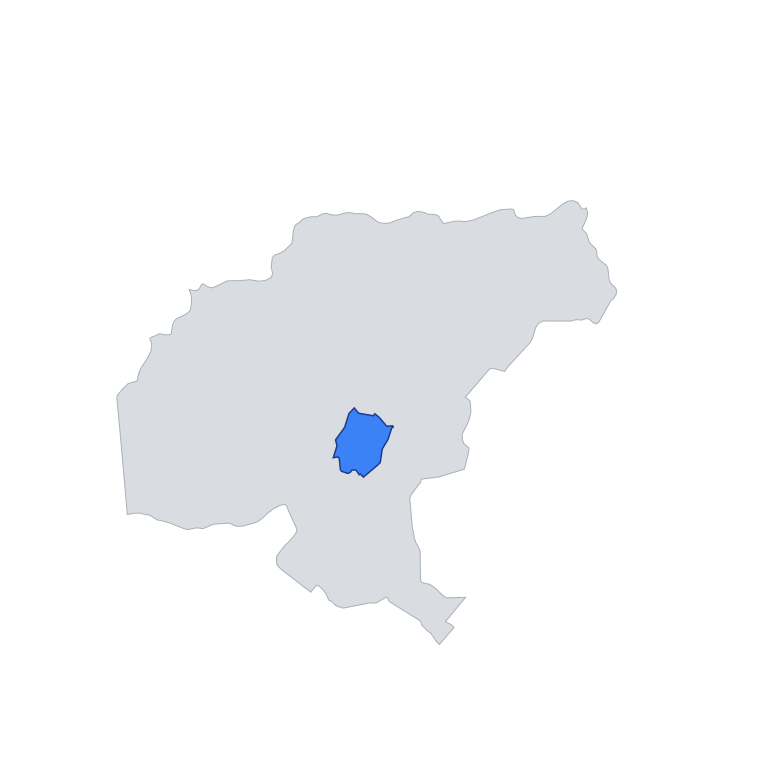 location of Ayod, Jonglei, South Sudan, rotated 130°
{"feature_id": "79223893B14285446390064", "entity_name": "Ayod", "entity_type": "district", "adm_level": 2, "iso_a3": "SSD", "parent_name": "South Sudan", "parent_adm1": "Jonglei", "projection": "orthographic", "projection_center": [30.968, 8.272], "detail": "fine", "context": "in_parent", "style": "filled", "palette": "blue", "viewbox_px": 768, "rotation_deg": 130, "n_neighbors": 0, "source": "geoboundaries", "source_scale": "gbopen_adm2", "svg_char_len": 4229}
<svg xmlns="http://www.w3.org/2000/svg" viewBox="0 0 768 768"><g transform="rotate(130 384 384)"><path d="M587.3,558.5L567.8,578.3L566.5,579.5L564.1,581.0L556.1,581.1L548.0,580.2L540.4,575.1L532.8,579.1L527.9,580.4L525.1,580.8L518.2,581.5L508.7,583.6L504.3,586.3L502.0,588.4L500.1,592.2L499.1,592.6L497.3,592.1L494.9,590.6L489.8,588.4L487.2,583.5L484.8,580.6L482.8,579.1L474.7,583.9L470.8,585.1L467.6,585.0L461.7,582.2L455.2,579.9L451.8,579.9L446.8,582.8L441.1,587.2L438.2,591.5L436.8,594.1L434.8,590.1L432.9,587.7L430.1,586.7L424.7,587.7L423.3,586.3L423.1,582.9L422.3,579.8L420.9,577.5L416.7,575.2L405.9,570.5L397.5,561.0L393.3,556.7L390.3,553.8L386.0,546.4L381.0,541.3L375.0,539.0L371.1,540.1L367.0,545.5L359.3,550.6L355.8,550.8L351.3,548.0L345.6,546.0L335.5,545.1L331.3,547.5L325.7,551.4L321.1,553.7L318.2,553.9L315.5,553.0L312.4,552.4L309.8,552.3L304.4,548.7L301.5,546.1L299.7,543.5L296.6,541.8L293.0,540.3L290.5,538.1L289.2,535.2L287.2,531.6L284.6,528.3L276.3,522.4L273.9,519.0L272.2,515.6L268.8,511.8L265.2,506.8L264.1,499.6L264.0,493.7L263.2,491.0L261.7,488.3L259.9,486.0L257.1,483.3L250.3,479.5L243.4,475.1L240.1,472.5L233.8,471.5L230.0,469.0L226.8,463.5L225.6,459.1L222.4,455.6L221.1,453.2L220.3,450.3L223.0,441.7L219.3,438.6L213.9,434.5L210.0,430.1L207.6,426.1L200.6,420.7L185.4,412.6L176.6,407.5L171.8,402.9L167.7,398.4L167.3,396.6L170.1,392.2L170.5,388.6L168.4,384.5L159.3,376.8L152.1,368.4L146.6,365.7L133.4,363.2L129.6,362.2L125.6,360.6L121.8,356.8L120.5,352.3L122.6,345.3L121.4,343.1L119.1,342.4L119.8,341.0L122.4,337.6L126.5,335.4L137.5,332.1L138.1,330.8L138.4,326.3L139.4,324.2L143.2,318.1L143.8,315.7L144.1,310.5L144.6,308.0L145.7,306.3L148.8,303.3L149.9,301.5L150.4,297.5L150.2,289.6L151.8,286.5L158.8,279.4L160.7,276.2L161.4,273.3L161.4,270.4L161.9,267.5L164.0,264.8L165.7,263.9L170.8,263.2L174.3,263.8L198.5,259.2L201.4,259.9L202.6,262.8L202.4,267.4L202.8,269.7L204.1,271.3L207.9,273.6L210.5,277.3L211.9,278.7L215.7,281.3L233.5,302.7L238.6,304.7L243.5,304.0L253.4,299.7L258.3,298.7L292.7,300.2L296.5,299.6L296.8,299.7L301.9,310.4L304.4,312.8L342.1,313.2L341.4,310.1L341.9,306.8L348.6,300.3L349.6,299.5L355.4,296.4L361.1,294.4L372.1,292.0L376.1,288.2L378.3,284.7L378.4,277.8L379.8,276.6L382.5,275.0L395.1,268.9L397.3,267.6L419.6,282.0L432.1,293.4L432.9,293.9L433.5,294.1L434.2,293.7L434.8,293.2L436.3,292.7L441.7,292.6L451.8,292.0L455.2,290.6L475.5,270.3L480.7,263.8L482.0,262.5L484.9,257.9L488.0,250.0L488.6,249.1L510.8,230.0L511.6,228.5L511.8,227.3L508.4,220.9L507.7,217.7L507.5,212.7L508.1,204.9L507.9,200.0L507.6,198.6L507.4,198.4L495.0,184.4L526.2,184.2L526.3,182.4L526.2,181.9L525.6,180.2L525.2,178.0L525.2,176.7L525.4,175.6L525.4,175.0L525.3,174.4L525.3,174.1L525.5,173.9L547.9,174.1L547.7,178.0L545.0,187.4L545.1,192.9L544.5,199.3L543.8,201.2L542.6,202.7L542.2,203.5L542.2,204.2L547.2,239.8L546.8,241.3L545.6,243.5L545.3,244.3L545.2,244.8L545.7,245.2L556.1,249.0L556.6,249.2L557.1,249.6L560.8,254.1L581.5,270.9L582.2,271.7L584.3,277.1L584.6,277.9L584.7,279.1L584.6,280.1L584.1,283.3L584.3,284.7L584.7,285.7L585.0,286.8L585.0,287.1L584.8,287.9L581.8,294.1L580.8,298.5L580.6,302.1L580.8,304.3L581.1,305.6L581.4,306.2L581.7,306.4L590.6,306.3L590.6,308.3L592.0,340.5L592.0,344.1L591.7,348.6L590.7,350.4L588.2,353.0L585.1,355.4L577.1,356.0L570.4,356.0L565.7,355.5L559.2,355.3L553.1,355.9L550.9,357.9L542.9,375.0L540.4,379.3L539.8,381.9L540.6,383.3L543.7,385.5L550.7,388.5L558.6,390.2L564.5,390.9L568.5,391.7L571.7,392.7L583.0,400.4L586.6,403.9L588.6,407.1L589.1,410.5L590.8,414.0L601.1,424.6L610.9,429.5L614.7,435.2L618.4,438.0L621.8,440.9L623.7,445.3L628.0,458.2L630.9,464.9L633.9,470.4L635.1,479.4L637.5,483.3L639.9,488.2L643.9,492.6L648.1,495.9L648.9,496.8L606.6,539.1L587.3,558.5Z" fill="#d9dde1" stroke="#a8b0b8" stroke-width="1"/><path d="M421.5,391.4L429.0,391.9L442.5,386.3L458.0,385.2L461.6,380.2L473.1,375.5L469.6,372.5L469.8,370.4L477.6,362.4L478.2,360.5L475.7,354.1L473.0,353.0L470.4,353.2L467.9,350.1L469.5,344.7L468.2,344.4L468.6,339.9L449.9,336.7L446.6,336.4L434.8,343.6L423.9,345.3L412.7,349.8L411.1,349.2L410.4,350.4L413.9,354.1L414.6,354.9L412.7,365.8L412.7,371.9L415.2,371.7L419.0,378.3L422.7,384.7L421.8,389.6L421.5,391.4Z" fill="#3b82f6" stroke="#1e3a8a" stroke-width="1.5"/></g></svg>